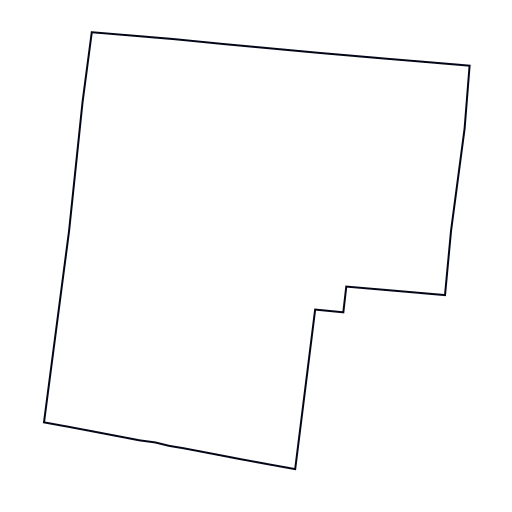 Marion, Alabama, United States of America (Equal Earth projection), rotated 275°
{"feature_id": "52423323B32339389880328", "entity_name": "Marion", "entity_type": "district", "adm_level": 2, "iso_a3": "USA", "parent_name": "United States of America", "parent_adm1": "Alabama", "projection": "equal_earth", "projection_center": [-87.968, 34.118], "detail": "fine", "context": "isolated", "style": "outline", "palette": "ink", "viewbox_px": 512, "rotation_deg": 275, "n_neighbors": 0, "source": "geoboundaries", "source_scale": "gbopen_adm2", "svg_char_len": 458}
<svg xmlns="http://www.w3.org/2000/svg" viewBox="0 0 512 512"><g transform="rotate(275 256 256)"><path d="M71.8,59.3L70.1,77.6L69.4,85.6L69.2,87.2L62.2,156.1L61.5,171.8L59.3,186.0L58.2,200.3L52.3,257.8L49.6,286.2L47.1,313.6L207.8,319.6L207.5,347.9L233.4,348.6L233.5,447.7L298.2,448.1L401.0,452.7L464.2,452.2L463.9,368.0L463.8,302.1L464.3,204.6L464.9,156.9L464.6,72.9L394.5,69.8L264.7,67.6L71.8,59.3Z" fill="none" stroke="#020617" stroke-width="2"/></g></svg>